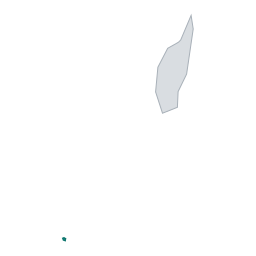 location of Rois, Palau
{"feature_id": "81905179B53206837764533", "entity_name": "Rois", "entity_type": "district", "adm_level": 2, "iso_a3": "PLW", "parent_name": "Palau", "parent_adm1": "", "projection": "robinson", "projection_center": [134.13, 6.908], "detail": "fine", "context": "in_parent", "style": "filled", "palette": "teal", "viewbox_px": 256, "rotation_deg": 0, "n_neighbors": 0, "source": "geoboundaries", "source_scale": "gbopen_adm2", "svg_char_len": 538}
<svg xmlns="http://www.w3.org/2000/svg" viewBox="0 0 256 256"><path d="M177.4,107.3L162.5,113.2L155.6,91.9L157.9,67.2L167.7,48.3L178.5,42.2L180.7,40.0L191.1,15.4L193.2,29.0L186.6,74.1L178.1,91.6L177.4,107.3Z" fill="#d9dde1" stroke="#a8b0b8" stroke-width="1"/><path d="M64.7,238.4L64.0,237.8L62.8,238.3L62.9,238.5L63.0,238.8L63.1,239.0L63.1,239.3L63.1,239.5L63.0,239.8L63.1,239.7L63.2,239.8L63.3,239.9L63.4,240.0L63.6,240.0L63.8,240.1L64.0,240.2L65.2,240.6L65.5,238.6L64.7,238.4Z" fill="#14b8a6" stroke="#0f766e" stroke-width="1.5"/></svg>